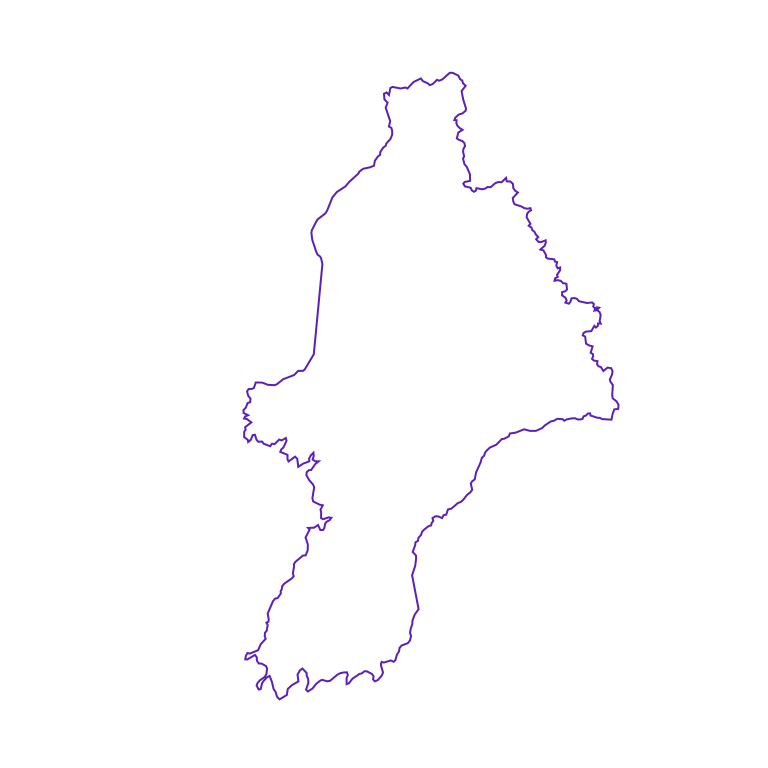 Jaciara, Mato Grosso, Brazil, rotated 339°
{"feature_id": "56859067B94463601942766", "entity_name": "Jaciara", "entity_type": "district", "adm_level": 2, "iso_a3": "BRA", "parent_name": "Brazil", "parent_adm1": "Mato Grosso", "projection": "albers", "projection_center": [-55.21, -15.967], "detail": "fine", "context": "isolated", "style": "outline", "palette": "violet", "viewbox_px": 768, "rotation_deg": 339, "n_neighbors": 0, "source": "geoboundaries", "source_scale": "gbopen_adm2", "svg_char_len": 6167}
<svg xmlns="http://www.w3.org/2000/svg" viewBox="0 0 768 768"><g transform="rotate(339 384 384)"><path d="M243.5,358.0L242.5,360.7L245.9,364.4L242.7,364.6L241.0,366.1L243.4,367.5L246.4,372.3L238.8,374.6L238.5,377.0L236.4,378.5L234.4,383.4L236.8,387.3L236.4,389.5L239.6,388.4L243.1,384.7L245.3,385.2L245.0,390.5L246.0,392.9L249.5,394.0L250.3,396.7L255.5,401.3L257.9,399.6L260.4,400.9L266.2,398.3L268.3,400.0L273.0,399.2L272.7,402.0L267.5,407.1L264.6,408.3L262.8,410.2L268.5,415.5L266.9,419.9L267.1,422.1L275.0,420.0L276.2,422.7L274.3,430.6L279.8,429.4L286.6,429.4L287.4,426.7L290.1,424.4L293.5,422.9L292.6,426.0L290.3,428.9L292.1,431.5L295.3,432.8L291.1,434.1L285.1,438.2L283.0,437.5L280.3,438.6L278.9,441.2L279.7,447.0L281.8,452.6L281.8,455.4L276.2,465.0L275.8,468.3L280.8,473.7L283.4,475.3L279.7,478.5L279.4,481.1L277.2,486.6L278.7,488.4L284.5,488.7L286.9,490.0L284.3,491.7L281.2,492.0L279.1,493.2L276.6,497.2L274.7,498.5L272.2,497.4L271.9,492.0L267.3,493.1L261.5,491.2L262.3,493.4L255.8,499.1L255.4,506.3L253.2,511.9L249.4,515.9L246.8,515.1L237.5,518.3L235.2,520.0L234.5,522.3L231.1,528.2L230.8,531.1L228.4,532.4L219.2,534.7L216.6,536.2L214.9,539.1L213.3,540.4L212.6,542.6L208.1,545.7L205.3,545.4L202.6,546.9L193.1,556.7L192.1,562.2L190.9,564.5L188.7,564.7L189.1,567.3L185.9,572.5L183.8,573.5L182.3,576.6L182.2,579.5L175.7,582.7L171.1,587.4L162.2,587.6L160.1,586.2L157.8,588.1L155.8,591.3L157.7,592.2L166.4,590.7L167.3,593.5L166.2,596.8L166.9,600.0L169.6,601.2L172.8,605.1L172.9,607.7L170.3,612.6L167.8,614.7L162.1,616.1L158.9,617.7L157.0,619.8L157.5,624.3L159.6,624.6L162.9,619.7L165.3,618.0L169.9,615.8L172.6,615.6L172.6,621.9L171.6,629.2L172.4,632.3L172.1,637.8L173.5,641.0L181.8,639.5L184.9,634.2L189.9,632.2L197.5,631.0L199.2,624.2L203.0,621.2L205.9,620.4L208.2,626.1L207.3,628.8L207.5,632.1L206.3,635.9L201.7,641.5L202.8,643.8L208.0,642.7L213.1,639.7L218.1,638.1L220.2,638.0L224.5,641.2L227.3,641.8L236.1,638.7L239.7,638.3L243.1,638.9L246.1,639.9L245.9,642.8L243.6,645.2L241.6,650.8L244.0,650.8L249.0,647.8L257.1,645.9L259.6,646.2L262.7,645.2L265.1,646.1L268.9,650.5L269.5,653.2L267.9,655.9L268.9,658.3L272.1,658.2L277.8,655.2L279.7,652.9L280.2,646.7L280.8,644.2L282.2,642.6L284.0,644.0L291.2,644.5L293.5,646.8L295.8,645.8L299.0,641.4L302.3,638.9L303.9,636.0L306.8,634.4L313.2,634.5L316.3,632.8L319.0,628.9L319.0,625.9L321.3,621.9L324.5,618.2L325.7,615.2L329.8,610.5L335.6,606.6L341.7,572.6L348.0,564.9L351.5,558.3L352.4,555.5L350.6,551.1L355.4,545.6L356.6,543.1L359.3,542.7L361.2,539.8L364.5,538.2L366.5,535.7L369.3,534.3L374.6,532.7L377.4,532.9L378.7,530.8L380.9,529.5L381.2,526.6L384.5,525.9L387.4,527.2L390.1,530.0L392.7,527.8L395.2,528.3L398.8,524.0L402.2,524.5L410.4,521.6L413.0,521.7L416.5,520.5L421.6,517.4L425.9,516.0L428.4,514.4L429.4,508.0L431.4,506.5L434.6,505.5L438.3,499.5L445.8,492.1L448.9,488.0L451.9,486.7L453.7,484.3L456.3,482.8L460.1,481.3L467.1,480.9L474.4,477.6L476.4,478.2L481.7,477.6L483.8,475.3L489.6,476.6L498.6,476.5L503.5,480.1L509.0,482.2L515.9,481.8L519.3,480.3L526.4,478.7L529.5,479.2L533.2,478.6L538.1,480.8L539.1,482.9L541.8,482.5L546.6,483.3L550.0,484.4L552.3,486.6L554.6,487.4L556.7,487.8L558.8,485.7L561.3,485.8L563.8,484.6L565.9,485.3L565.5,487.4L571.1,492.0L573.2,492.8L575.2,495.0L583.6,498.8L586.9,493.6L590.0,490.2L593.7,491.2L595.5,487.5L594.9,483.7L592.4,479.3L593.0,476.3L597.3,466.9L596.2,463.1L596.5,460.7L600.4,456.8L602.0,453.8L601.7,450.6L598.6,448.8L593.4,450.5L592.6,446.0L590.5,444.2L590.0,441.8L591.5,439.1L588.4,437.4L587.2,435.1L589.3,433.0L589.7,430.8L588.1,429.0L592.2,423.6L589.3,421.5L587.1,418.7L588.8,411.8L587.0,409.8L588.4,408.0L591.2,407.4L596.5,408.9L601.2,405.1L602.0,407.2L604.4,406.4L605.5,404.2L608.0,405.3L607.9,402.5L611.0,397.3L611.0,393.8L609.2,391.3L606.8,390.9L608.2,389.3L607.1,386.6L608.6,384.6L607.6,382.5L602.5,381.1L595.6,376.5L594.7,373.6L592.7,372.1L589.8,371.2L587.7,373.9L585.4,375.3L582.5,373.0L584.4,371.6L584.3,368.4L582.0,365.1L583.3,362.0L586.5,362.4L588.7,361.4L590.2,355.8L587.3,354.0L585.9,350.9L583.1,349.2L580.2,348.7L581.7,346.6L584.6,346.3L584.7,344.0L589.1,341.0L590.2,338.3L587.7,338.3L587.2,335.4L589.3,332.2L587.5,331.0L587.6,328.6L581.7,325.5L580.6,323.6L581.5,321.6L580.7,316.4L578.2,314.5L583.3,312.6L585.7,310.1L586.4,307.8L581.9,307.8L579.2,306.8L577.9,303.3L580.7,302.1L579.3,298.8L579.0,295.7L577.6,293.5L577.7,290.8L575.8,288.1L578.1,287.0L576.9,279.5L578.5,276.5L580.6,275.1L583.5,274.5L583.7,272.3L580.8,271.8L577.9,270.0L576.0,267.6L570.3,263.0L570.1,260.0L570.9,256.5L577.6,253.2L575.7,250.6L574.9,247.5L576.1,243.4L574.6,240.3L571.2,238.8L571.8,235.3L566.2,237.8L563.0,236.4L559.8,236.4L554.1,238.5L551.3,237.2L548.9,237.8L545.6,237.5L540.5,234.3L539.0,236.4L536.9,236.8L535.4,234.7L535.2,231.8L530.4,228.5L529.8,225.4L531.6,224.3L537.2,225.2L539.4,219.0L539.1,211.1L537.9,207.5L538.6,201.8L540.4,200.2L541.0,195.7L542.3,193.1L544.9,190.9L545.4,188.0L544.3,185.3L541.6,183.1L540.0,180.8L543.5,175.9L548.4,174.8L546.6,172.6L545.1,169.2L545.0,166.5L546.3,163.7L544.3,162.8L545.7,161.1L550.3,159.2L554.2,159.5L558.2,158.1L559.3,156.2L559.9,146.9L561.4,138.3L567.1,134.9L565.5,131.4L565.8,128.7L564.3,126.8L563.9,122.7L559.7,118.2L557.0,117.0L547.4,120.6L544.1,120.6L542.5,119.0L537.0,121.4L533.8,121.4L532.8,119.2L528.7,115.0L528.0,112.0L519.9,112.6L511.8,116.5L510.1,114.8L505.5,114.1L498.4,109.7L496.1,109.9L492.2,116.0L491.0,112.8L488.0,113.0L486.4,118.5L488.2,122.6L484.6,126.6L484.0,140.8L480.9,145.4L482.7,147.7L482.3,150.6L481.1,154.0L477.8,157.6L472.5,160.2L470.8,162.3L468.2,162.9L463.6,166.1L462.5,168.7L460.0,169.3L455.5,172.3L452.9,176.6L448.8,176.7L441.7,175.6L437.1,176.9L435.4,178.4L423.9,182.9L418.8,185.7L408.7,187.9L402.6,191.4L392.9,201.9L390.4,203.7L380.6,206.7L371.8,214.5L370.4,216.8L368.7,223.7L368.1,236.3L368.3,239.3L370.0,242.0L370.3,244.2L369.5,249.9L329.1,331.1L315.1,342.1L313.1,342.7L308.6,341.0L303.3,343.4L291.6,343.4L283.6,345.9L281.5,345.9L275.2,343.1L270.9,339.1L264.8,336.6L261.1,341.1L258.8,341.2L255.8,340.2L253.5,341.8L253.0,346.3L254.1,349.8L252.6,353.0L249.8,352.9L246.5,356.6L243.5,358.0ZM609.2,391.3L612.2,389.9L610.3,388.7L608.2,389.3L609.2,391.3Z" fill="none" stroke="#5b21b6" stroke-width="2"/></g></svg>